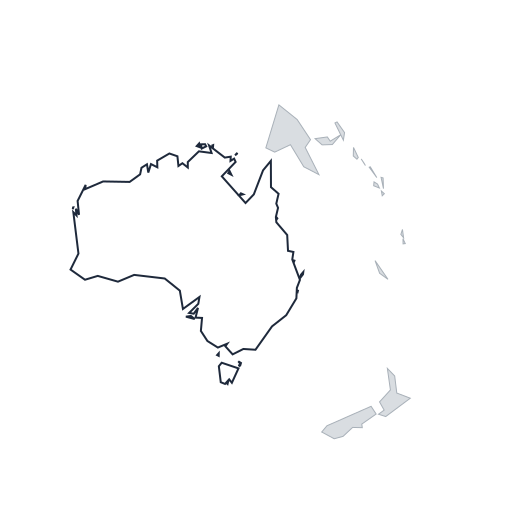 Australia highlighted on a map of Oceania, rotated 17°
{"feature_id": "AUS", "entity_name": "Australia", "entity_type": "country or territory", "adm_level": 0, "iso_a3": "AUS", "parent_name": "Oceania", "parent_adm1": "", "projection": "robinson", "projection_center": [137.073, -32.4], "detail": "medium", "context": "in_parent", "style": "outline", "palette": "slate", "viewbox_px": 512, "rotation_deg": 17, "n_neighbors": 5, "source": "natural_earth", "source_scale": "50m", "svg_char_len": 3246}
<svg xmlns="http://www.w3.org/2000/svg" viewBox="0 0 512 512"><g transform="rotate(17 256 256)"><path d="M233.7,104.8L255.5,113.5L274.1,128.8L271.3,137.8L292.4,159.8L275.6,156.7L256.4,139.5L243.5,151.2L233.8,149.7L233.7,104.8ZM304.6,112.1L305.7,119.7L292.6,105.7L294.3,104.1L304.6,112.1ZM296.4,127.1L286.7,130.4L278.2,126.5L289.4,121.3L293.4,124.5L301.5,115.4L296.4,127.1ZM317.5,123.7L325.0,131.9L324.2,133.9L319.8,131.9L317.5,123.7Z" fill="#d9dde1" stroke="#a8b0b8" stroke-width="1"/><path d="M391.5,196.5L395.1,200.5L393.1,201.4L391.5,196.5ZM391.8,195.4L388.2,193.0L388.3,187.8L391.8,195.4Z" fill="#d9dde1" stroke="#a8b0b8" stroke-width="1"/><path d="M371.2,225.6L389.0,239.7L379.3,236.4L371.2,225.6Z" fill="#d9dde1" stroke="#a8b0b8" stroke-width="1"/><path d="M360.5,158.9L359.1,161.5L356.9,157.2L360.5,158.9ZM354.7,144.2L358.2,154.3L352.6,144.2L354.7,144.2ZM354.1,154.9L348.0,154.4L347.2,150.6L351.2,151.7L354.1,154.9ZM339.2,137.3L348.6,145.7L338.3,138.0L339.2,137.3ZM331.8,135.3L334.2,137.5L328.2,132.4L331.8,135.3Z" fill="#d9dde1" stroke="#a8b0b8" stroke-width="1"/><path d="M445.1,346.9L427.0,371.6L419.4,371.5L423.6,365.9L416.8,359.4L423.7,344.8L414.5,325.1L423.7,330.2L430.7,345.9L445.1,346.9ZM373.5,397.6L410.0,366.1L417.1,372.0L406.3,385.8L407.8,389.1L398.5,391.7L392.0,403.0L384.2,407.9L370.3,405.1L373.5,397.6Z" fill="#d9dde1" stroke="#a8b0b8" stroke-width="1"/><path d="M242.4,160.7L250.2,185.8L259.4,189.9L260.1,200.0L263.0,203.5L263.6,212.9L265.6,217.8L279.7,226.8L285.1,241.7L290.6,241.2L291.7,248.7L305.0,266.0L304.4,274.5L307.0,284.7L302.2,303.8L291.9,318.6L282.9,345.8L271.1,348.6L262.4,356.9L253.1,351.3L254.1,348.3L246.3,354.7L234.4,351.5L225.2,343.8L222.5,331.0L216.2,332.6L215.7,322.6L213.3,329.4L208.7,330.0L214.8,318.6L213.9,311.7L201.6,328.0L193.3,311.4L175.3,304.2L145.0,309.7L131.5,320.9L110.5,321.3L99.4,328.7L82.6,323.2L85.5,305.6L68.5,267.5L72.5,269.7L69.9,263.5L74.7,268.3L69.3,255.5L72.3,237.8L73.1,242.0L88.0,229.4L113.5,222.1L121.3,211.8L120.7,205.1L124.9,200.2L128.6,207.7L128.7,198.8L135.7,200.0L133.6,193.7L143.2,183.3L151.7,183.6L155.5,192.6L158.5,188.8L164.9,191.3L163.3,186.1L170.8,172.6L183.4,170.5L178.8,164.0L197.4,171.0L202.8,168.4L203.8,172.5L206.6,169.3L209.0,172.0L200.0,189.8L230.5,208.4L235.9,197.7L237.7,172.0L242.4,160.7ZM254.4,368.1L272.1,368.6L270.0,384.3L266.4,381.8L263.8,387.4L259.2,387.0L252.7,372.3L254.4,368.1ZM170.7,165.3L174.6,164.0L176.3,165.7L172.7,169.1L170.7,165.3ZM211.3,332.4L215.8,334.2L206.7,334.5L211.3,332.4ZM205.9,182.5L208.7,185.5L205.3,184.9L205.9,182.5ZM304.5,264.5L304.5,260.7L305.9,257.5L306.3,259.8L304.5,264.5ZM269.9,361.9L272.9,362.7L272.9,364.0L269.9,361.9ZM168.7,165.0L170.6,168.4L167.2,168.2L168.7,165.0ZM249.5,362.4L247.8,362.1L248.8,359.9L249.5,362.4ZM225.6,200.8L224.0,201.8L222.4,202.4L223.2,200.5L225.6,200.8ZM67.1,262.9L67.1,264.8L66.9,263.0L67.1,262.9ZM272.2,365.2L273.3,366.1L271.1,365.4L272.2,365.2ZM292.8,249.2L294.1,249.2L294.0,250.9L292.8,249.2ZM264.0,212.8L265.4,213.8L265.2,214.4L264.0,212.8ZM266.1,385.1L266.2,386.7L265.1,386.2L266.1,385.1ZM306.2,276.0L306.3,278.1L306.1,278.0L306.2,276.0ZM182.9,163.9L182.0,163.0L182.6,162.5L182.9,163.9ZM207.8,164.1L206.5,165.8L208.0,162.8L207.8,164.1Z" fill="none" stroke="#1e293b" stroke-width="2"/></g></svg>